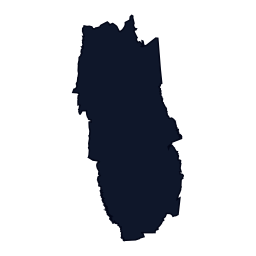 UDA, Arges, Romania
{"feature_id": "2599482B33003940641669", "entity_name": "UDA", "entity_type": "district", "adm_level": 2, "iso_a3": "ROU", "parent_name": "Romania", "parent_adm1": "Arges", "projection": "orthographic", "projection_center": [24.571, 44.88], "detail": "fine", "context": "isolated", "style": "filled", "palette": "ink", "viewbox_px": 256, "rotation_deg": 0, "n_neighbors": 0, "source": "geoboundaries", "source_scale": "gbopen_adm2", "svg_char_len": 5845}
<svg xmlns="http://www.w3.org/2000/svg" viewBox="0 0 256 256"><path d="M110.0,218.2L111.0,218.7L110.5,219.0L109.9,218.6L109.8,219.0L110.9,219.7L111.0,220.1L111.6,219.7L112.2,221.8L113.0,222.5L113.5,222.2L113.2,223.0L113.8,222.9L114.4,221.6L114.7,222.2L115.1,222.2L115.1,222.7L115.6,222.7L115.5,223.0L115.7,223.3L116.3,223.3L117.3,223.7L118.3,223.4L118.4,223.6L118.0,224.1L118.5,225.1L118.3,225.4L119.4,225.8L120.1,227.2L121.0,227.1L120.8,227.8L121.2,228.3L120.7,228.9L121.1,230.8L120.9,231.5L122.0,232.4L121.5,234.2L121.7,235.3L122.1,235.4L122.2,236.0L121.7,236.2L121.6,237.0L121.3,237.4L121.6,238.0L123.5,238.2L123.2,239.2L124.0,239.7L123.5,240.2L123.6,240.4L124.4,240.6L125.2,240.3L135.5,239.8L139.4,238.5L139.9,237.9L144.0,236.7L142.7,233.2L141.9,233.0L141.8,232.7L155.0,232.6L155.0,231.5L155.3,230.8L155.9,229.9L157.8,229.4L158.1,229.0L157.2,228.1L160.0,225.2L161.0,223.5L161.3,223.5L161.2,223.0L161.9,222.2L162.0,221.5L163.0,220.5L163.6,220.4L163.7,220.1L162.6,218.9L165.2,216.6L166.4,213.4L169.3,213.4L170.8,213.8L172.1,214.7L173.0,216.3L174.1,215.8L175.8,215.6L178.0,214.5L179.9,197.9L177.1,199.6L177.3,198.0L177.8,197.3L178.2,195.2L179.3,193.2L180.6,189.8L180.6,188.4L181.1,186.9L180.8,185.7L181.1,179.7L181.8,178.8L182.7,178.4L182.5,177.5L183.1,176.3L183.2,175.4L182.2,174.4L180.1,173.9L179.7,171.8L180.6,171.5L181.0,171.6L180.0,168.2L180.7,163.7L180.3,163.7L180.2,163.2L180.4,162.8L180.2,162.5L180.6,160.8L179.8,160.1L178.8,160.3L178.0,159.5L177.8,158.7L178.1,158.2L177.9,158.0L178.2,156.8L178.4,156.7L178.2,155.6L178.3,155.3L177.4,154.5L177.8,153.6L177.4,153.4L177.1,152.9L177.0,152.4L177.3,151.7L176.3,151.7L174.5,148.9L174.4,148.1L173.9,147.8L172.3,145.7L171.4,145.7L169.8,146.5L169.0,147.3L168.6,148.5L168.1,146.8L168.8,145.8L171.6,143.9L171.5,142.3L181.5,138.4L181.6,138.1L181.4,137.4L181.6,136.7L181.3,136.1L180.4,136.7L181.0,135.5L180.6,135.3L179.7,135.7L179.9,135.0L179.4,135.2L179.5,134.7L178.6,133.5L178.1,133.9L177.8,133.5L178.4,132.9L178.2,132.7L178.5,132.2L177.7,131.1L177.0,130.7L178.3,130.1L178.3,129.6L178.1,129.4L177.4,129.7L176.3,128.2L176.9,127.9L176.2,126.9L176.0,126.0L176.1,125.3L175.5,124.2L175.5,122.9L174.8,121.9L175.2,121.2L174.3,120.8L173.9,119.7L171.7,118.1L170.0,118.5L169.2,118.3L168.4,116.3L167.3,115.6L167.0,113.4L166.5,111.9L166.9,111.4L166.1,110.6L166.4,109.0L165.7,107.5L164.7,106.6L164.5,105.7L163.3,103.7L163.3,103.0L162.4,102.0L161.9,100.7L162.3,100.5L162.5,98.9L161.7,98.6L161.9,97.2L160.8,96.0L160.9,94.7L160.3,94.2L160.2,93.9L160.9,93.4L160.6,92.9L160.6,92.0L160.1,91.6L160.8,91.0L160.7,90.7L160.2,90.4L160.3,88.8L159.2,87.7L159.3,87.2L159.0,86.5L159.7,86.3L160.2,85.5L160.4,84.0L161.7,83.3L160.2,68.8L157.8,38.3L155.8,38.1L146.5,45.4L143.1,46.4L141.7,46.6L141.3,46.3L143.9,45.0L143.5,44.2L143.3,42.4L142.9,41.1L142.1,40.8L142.3,43.0L141.9,43.6L141.9,44.3L141.7,44.3L139.7,41.8L137.7,42.4L136.4,40.1L136.4,38.6L137.1,37.5L136.7,37.1L134.3,32.2L133.9,30.6L134.8,29.9L135.8,29.8L136.4,28.8L134.8,28.5L133.5,26.0L133.6,24.3L134.0,23.3L132.7,17.8L132.8,16.1L131.7,15.4L130.3,16.7L129.9,20.1L125.3,22.5L125.4,24.4L124.8,26.5L122.6,29.8L120.0,31.7L118.9,30.9L116.7,26.5L115.6,25.5L112.7,23.5L109.4,24.9L108.9,23.4L107.3,22.0L100.9,25.3L100.2,26.2L100.1,26.9L96.9,27.9L95.9,27.9L94.4,29.0L92.8,28.6L91.8,26.9L89.4,26.3L86.9,26.5L84.1,25.9L83.8,27.3L83.0,28.0L82.7,28.6L82.7,30.0L83.0,30.3L82.6,30.9L82.7,31.6L84.0,35.2L83.7,36.2L84.0,36.5L83.9,36.6L82.8,36.4L83.3,37.8L83.1,38.9L83.5,39.3L82.8,40.0L83.4,40.2L82.8,40.6L82.9,41.2L82.6,42.2L82.9,43.7L83.3,43.8L83.4,44.2L82.7,45.8L83.1,46.6L81.8,46.9L82.8,47.8L82.8,48.1L82.2,47.9L82.3,49.0L81.5,49.7L81.2,51.7L81.7,51.8L81.8,52.2L81.4,52.7L81.8,53.5L81.0,54.5L81.0,55.5L79.2,57.4L79.1,60.4L78.3,64.2L78.5,64.9L78.2,70.8L78.7,73.4L78.2,76.9L77.9,77.4L77.5,81.8L76.5,83.4L76.6,85.0L77.0,85.8L77.0,86.2L75.8,88.7L74.0,89.2L72.8,92.4L76.8,92.7L78.6,93.2L79.0,93.9L79.0,95.3L78.3,95.7L78.0,98.4L78.3,99.3L78.0,100.6L78.0,104.9L79.1,104.7L80.1,105.3L79.6,106.4L79.2,108.8L78.7,109.6L79.3,110.8L78.9,111.6L79.7,113.9L80.3,114.0L81.9,111.1L82.5,110.7L86.4,110.7L86.9,114.7L87.6,117.0L88.2,117.6L88.6,119.1L91.1,120.0L91.2,121.9L89.2,122.0L89.1,122.6L89.3,127.4L90.0,131.0L89.7,134.9L89.0,135.8L89.5,137.1L89.6,138.7L88.8,143.4L89.1,146.4L88.6,147.7L89.4,149.7L89.4,150.4L89.1,154.7L88.7,156.9L88.4,157.3L92.2,159.6L93.2,159.7L93.1,160.1L97.2,160.7L99.1,161.9L97.4,163.2L96.9,164.7L96.9,166.0L97.4,168.1L99.1,171.2L98.7,173.7L99.1,174.0L98.8,174.3L99.2,174.9L100.1,175.4L99.5,176.2L98.1,177.0L97.8,178.6L98.1,179.3L97.6,179.9L98.0,180.4L98.0,181.1L98.5,181.7L98.5,182.2L99.2,182.2L98.9,183.0L99.1,184.1L98.9,184.8L98.9,185.8L100.3,186.2L101.1,187.0L101.0,189.5L101.6,190.0L100.9,190.2L100.3,190.9L100.7,191.3L101.1,191.1L101.3,192.1L101.8,192.3L100.9,192.5L100.9,192.8L101.0,193.2L101.4,193.3L101.9,193.9L102.0,194.6L101.0,194.8L100.8,195.1L101.4,195.5L101.5,196.2L102.1,195.9L101.7,197.1L102.6,197.6L102.3,197.9L102.5,198.3L103.4,198.5L102.9,198.8L102.4,199.5L102.6,199.8L102.4,200.3L102.8,200.6L103.4,200.3L103.6,201.0L102.9,201.4L102.9,201.7L103.3,202.0L103.5,202.7L104.9,203.3L104.6,204.0L104.4,204.3L104.6,204.6L104.0,205.0L104.7,205.5L105.0,205.1L105.3,205.4L104.8,205.9L104.9,206.2L105.4,206.1L105.6,206.5L106.0,206.2L106.2,206.6L106.9,206.7L106.9,207.0L106.5,206.9L106.4,207.3L105.9,207.5L106.6,208.2L106.1,208.5L106.7,208.7L106.1,209.0L106.4,209.6L105.8,209.8L106.6,210.0L106.2,210.5L106.6,210.9L107.6,210.6L107.7,211.3L107.4,211.5L107.5,212.0L107.0,211.9L106.9,212.7L107.6,212.8L107.4,213.1L107.6,213.4L108.1,212.8L108.2,213.5L107.8,214.1L108.3,214.2L107.8,214.7L108.6,215.3L109.0,214.8L109.1,215.1L108.9,215.5L109.1,215.8L109.7,214.9L110.0,215.1L109.9,216.0L110.4,215.9L110.5,216.7L111.0,216.0L111.4,216.1L111.1,216.5L111.5,216.7L111.0,216.8L111.2,217.2L110.9,217.5L110.2,217.2L110.0,218.2Z" fill="#0f172a" stroke="#020617" stroke-width="1.5"/></svg>